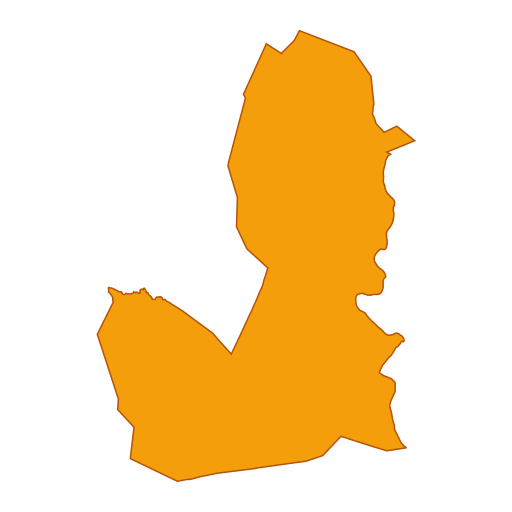 Santiago Tetepec, Oaxaca, Mexico
{"feature_id": "50627088B18876706732637", "entity_name": "Santiago Tetepec", "entity_type": "district", "adm_level": 2, "iso_a3": "MEX", "parent_name": "Mexico", "parent_adm1": "Oaxaca", "projection": "natural_earth1", "projection_center": [-97.666, 16.359], "detail": "fine", "context": "isolated", "style": "filled", "palette": "amber", "viewbox_px": 512, "rotation_deg": 0, "n_neighbors": 0, "source": "geoboundaries", "source_scale": "gbopen_adm2", "svg_char_len": 5567}
<svg xmlns="http://www.w3.org/2000/svg" viewBox="0 0 512 512"><path d="M406.0,447.8L405.8,447.2L404.2,446.2L401.0,442.6L396.4,433.1L394.6,429.7L394.2,424.9L392.6,419.5L391.7,413.9L389.6,405.3L390.9,400.8L395.1,391.6L395.2,386.6L395.2,385.3L395.0,382.2L391.2,378.6L383.7,375.7L380.2,373.3L379.3,372.4L382.3,365.7L387.7,358.9L389.8,356.5L390.5,356.3L393.1,352.5L393.4,351.7L396.3,347.1L397.1,346.9L398.6,345.9L399.3,344.6L400.3,343.6L401.0,341.9L401.8,341.3L402.4,341.6L403.6,341.7L404.0,340.7L404.0,339.6L403.4,337.9L402.1,336.2L400.5,335.2L399.1,334.0L397.0,333.1L395.3,333.2L392.7,334.6L389.1,335.3L386.3,334.4L384.3,332.7L383.2,331.4L381.5,329.6L377.6,326.6L375.9,324.7L374.1,323.1L371.9,321.1L370.1,319.2L368.5,317.6L366.5,315.1L365.6,313.6L364.8,312.8L362.2,311.3L360.4,310.8L359.3,309.5L358.3,308.5L357.1,306.8L356.3,304.8L355.9,302.5L355.8,300.9L355.7,299.3L355.8,297.9L356.0,296.9L356.5,295.7L357.2,294.8L358.3,294.2L359.6,293.8L361.3,293.4L362.8,293.5L364.1,294.0L366.3,294.6L367.5,295.1L370.3,295.2L372.7,294.7L374.2,294.3L375.3,294.4L376.9,294.5L378.5,294.3L379.9,293.7L380.6,293.0L381.5,292.2L382.8,289.2L383.2,286.8L383.1,284.2L383.0,283.4L383.2,282.5L383.0,281.6L383.4,280.7L383.5,279.8L383.6,279.0L384.1,278.5L385.2,277.5L385.7,277.0L385.7,276.5L385.6,275.5L385.3,274.5L384.8,273.4L384.0,272.1L382.7,270.5L380.8,269.1L380.1,268.6L379.8,268.3L379.1,267.8L378.8,267.5L378.2,266.9L376.6,264.7L375.0,262.3L374.3,260.5L374.2,258.7L374.4,257.7L374.6,256.5L374.9,255.6L375.4,254.6L376.2,253.6L377.8,251.4L378.3,251.0L378.8,250.3L379.1,250.1L379.5,250.2L379.6,249.9L380.2,249.6L380.4,249.2L381.6,249.1L382.7,249.2L383.6,249.6L384.7,249.5L385.6,248.8L386.1,247.8L386.6,247.4L386.4,246.2L386.8,245.3L386.8,244.9L387.0,244.6L387.1,243.7L387.1,243.0L387.2,242.2L387.1,241.0L387.1,240.3L387.0,239.7L386.8,239.1L386.6,238.4L386.7,237.2L386.5,235.9L386.4,234.2L386.3,233.5L386.7,232.8L386.6,232.1L386.9,231.4L387.7,230.2L388.3,229.3L389.3,228.0L390.4,226.4L391.3,225.1L391.8,224.2L392.3,222.8L392.7,221.4L393.2,220.3L393.4,218.6L393.7,217.2L393.8,216.0L393.8,215.0L393.9,213.8L393.7,212.1L393.4,210.9L393.3,209.6L393.3,208.9L393.5,208.3L393.4,207.6L393.6,206.5L394.2,206.1L394.5,204.9L394.5,203.8L394.6,203.0L394.5,201.9L394.2,201.0L394.1,200.4L393.8,200.1L393.3,199.3L392.7,198.5L392.2,198.2L391.6,197.7L390.5,196.6L389.8,195.7L389.2,195.1L388.5,194.2L387.9,193.8L387.4,193.5L387.2,193.0L386.9,192.4L386.6,191.8L386.4,191.6L386.3,191.4L385.9,190.8L385.7,190.1L385.5,189.2L385.3,188.7L385.0,188.1L384.9,187.3L384.8,186.7L384.8,185.8L384.5,185.4L384.2,184.3L383.9,183.6L383.6,183.0L383.6,182.8L383.4,182.1L383.3,181.3L383.3,180.7L383.5,179.5L383.5,178.6L383.5,177.9L383.6,177.2L383.6,176.2L383.4,175.0L383.4,174.4L383.3,173.9L383.3,173.0L383.3,172.5L383.4,171.8L383.4,171.3L383.3,170.9L383.5,170.4L383.8,169.8L383.9,169.1L383.9,168.3L384.2,167.5L384.4,166.9L384.6,166.3L384.8,165.6L384.8,165.0L385.0,163.9L385.2,163.2L385.5,162.0L385.7,161.0L385.9,159.9L386.3,159.0L386.8,158.1L387.1,157.5L387.5,156.8L388.0,156.1L388.9,155.2L389.8,154.6L390.6,154.2L386.8,152.1L414.7,140.7L396.8,126.2L384.1,132.3L376.0,123.5L374.7,119.0L372.9,114.9L372.5,113.6L372.9,111.1L372.9,109.0L373.1,107.0L373.5,105.3L373.9,104.4L371.0,76.3L354.1,51.8L322.0,39.4L299.4,30.7L294.4,40.3L281.4,53.4L281.4,53.5L266.3,43.8L248.7,82.8L243.4,94.4L245.5,97.9L228.6,162.1L228.0,166.1L237.4,197.5L236.5,226.8L246.9,248.9L267.8,267.9L266.2,273.1L265.1,276.9L264.2,279.1L262.6,285.5L260.0,291.2L256.6,299.5L253.1,307.1L252.7,308.3L250.8,312.5L250.7,312.6L248.8,316.5L246.6,321.3L242.7,329.8L241.3,332.9L239.6,336.5L237.4,341.1L231.7,353.3L231.4,354.1L226.0,348.2L220.0,341.6L212.6,333.1L202.0,325.3L192.3,318.2L192.2,318.1L190.8,317.0L190.2,316.7L183.0,311.2L175.4,306.4L173.8,305.5L169.6,302.7L167.9,301.8L167.1,301.5L165.9,300.4L165.4,300.0L165.2,299.7L164.9,299.4L164.2,299.4L162.6,299.6L162.5,299.4L162.4,298.2L162.3,297.9L161.3,297.1L160.9,297.0L160.5,296.8L160.2,296.9L159.8,296.7L159.0,296.9L158.4,297.1L156.7,297.1L156.3,297.4L156.0,297.7L155.7,298.4L155.1,299.6L154.2,299.4L152.5,299.1L152.0,298.9L152.0,298.4L151.7,297.5L151.3,296.9L150.7,296.3L150.3,295.9L149.7,295.7L148.6,294.5L148.1,293.1L147.7,292.6L147.4,292.5L147.0,292.5L146.5,292.8L146.2,292.7L146.0,292.0L146.1,291.4L145.9,290.4L144.6,288.4L144.4,288.3L144.2,288.2L143.8,288.4L143.4,289.4L143.3,289.6L142.9,289.2L142.7,289.1L142.3,289.0L142.1,289.1L141.9,289.2L141.4,289.3L141.1,289.6L140.4,289.8L140.0,290.3L139.9,290.7L140.1,292.2L139.9,293.2L139.7,293.3L139.1,293.4L138.3,293.3L138.0,292.8L137.9,292.7L137.1,292.2L136.6,292.2L136.3,292.3L135.8,292.7L135.6,292.3L135.0,292.2L134.6,292.1L133.8,291.8L133.5,292.5L133.3,292.9L133.2,292.9L132.9,293.1L132.7,293.2L132.3,293.2L131.7,293.8L131.3,293.9L129.9,293.9L129.7,293.9L129.4,294.0L129.0,293.9L128.2,293.8L127.9,293.9L126.9,293.8L126.6,293.4L126.1,293.3L125.0,294.3L124.7,294.5L123.9,294.5L123.6,294.5L122.7,294.2L122.3,293.7L122.2,293.1L122.0,292.7L121.7,292.8L121.4,292.0L120.9,291.8L119.1,291.8L118.4,291.3L118.2,291.2L112.1,288.2L111.9,288.2L108.8,287.5L108.4,287.9L108.7,292.0L110.7,294.0L112.4,296.9L112.9,299.0L112.7,300.3L113.3,302.1L101.2,326.4L97.3,334.4L98.2,337.1L103.4,353.0L118.4,399.0L117.7,409.6L134.0,427.2L130.3,458.6L177.5,481.3L180.4,480.7L185.7,479.7L185.9,479.6L190.7,479.3L199.5,476.9L204.2,475.9L204.3,475.9L211.5,474.4L211.8,474.4L214.5,473.8L215.5,473.6L216.8,473.3L239.2,470.5L255.9,468.4L256.1,468.1L285.4,464.0L306.0,461.2L322.7,455.6L341.0,436.3L351.4,439.7L373.9,446.9L387.0,450.8L406.0,447.8Z" fill="#f59e0b" stroke="#b45309" stroke-width="1.5"/></svg>